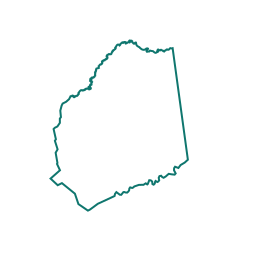 outline of Lascano, Rocha, Uruguay, rotated 37°
{"feature_id": "84410073B78033052347779", "entity_name": "Lascano", "entity_type": "district", "adm_level": 2, "iso_a3": "URY", "parent_name": "Uruguay", "parent_adm1": "Rocha", "projection": "albers", "projection_center": [-54.358, -33.755], "detail": "fine", "context": "isolated", "style": "outline", "palette": "teal", "viewbox_px": 256, "rotation_deg": 37, "n_neighbors": 0, "source": "geoboundaries", "source_scale": "gbopen_adm2", "svg_char_len": 5089}
<svg xmlns="http://www.w3.org/2000/svg" viewBox="0 0 256 256"><g transform="rotate(37 128 128)"><path d="M78.2,56.2L78.3,56.7L78.3,56.9L78.1,57.0L77.9,57.0L77.4,56.8L76.8,57.0L76.6,57.2L76.5,57.7L76.6,57.8L77.3,57.9L77.8,58.0L77.9,58.4L77.8,58.7L77.6,58.9L76.7,59.0L76.5,59.3L76.2,60.2L76.0,60.6L76.0,60.8L75.9,61.1L75.7,61.3L75.5,61.7L75.4,61.9L75.2,61.9L74.8,61.6L74.8,61.4L75.2,61.1L75.1,60.9L74.9,60.8L74.1,61.0L73.7,61.2L73.1,61.8L73.2,62.1L73.2,62.3L72.9,63.0L72.5,63.1L72.2,62.9L71.9,63.0L71.8,64.1L71.4,64.9L71.7,66.3L71.6,67.2L71.4,67.2L70.9,66.8L70.6,66.8L69.6,67.6L69.5,67.8L69.3,68.5L69.3,69.0L69.5,70.6L69.5,71.0L69.4,71.5L69.5,71.7L69.7,71.8L69.8,71.8L69.8,71.4L70.1,71.5L70.3,72.5L70.1,72.9L70.0,73.8L69.7,74.1L69.7,74.4L69.7,74.7L69.3,75.1L69.3,75.4L69.7,75.5L69.7,75.8L69.4,75.9L69.4,76.4L69.7,76.6L69.7,76.8L69.6,77.5L70.0,78.4L70.1,78.9L69.9,79.5L69.5,79.7L69.2,79.9L68.6,80.2L68.5,80.6L68.2,80.6L68.1,81.0L67.8,81.6L67.8,82.0L67.5,82.1L67.5,82.9L68.0,83.2L67.7,83.4L67.8,83.6L68.1,83.4L68.3,83.4L68.5,83.5L68.9,83.7L69.1,84.0L69.1,84.3L69.4,84.4L69.5,84.6L69.4,84.8L69.3,85.0L69.3,85.3L69.5,85.5L69.3,86.1L69.1,86.1L68.8,86.2L68.7,86.5L68.6,86.9L68.6,87.4L68.7,87.9L68.6,88.0L68.5,87.9L68.1,88.5L67.9,88.4L67.7,88.8L68.0,89.0L67.9,89.2L67.6,89.4L67.6,89.6L67.4,89.7L67.4,90.0L67.2,90.1L67.2,90.5L67.9,90.9L67.9,91.4L68.1,91.6L68.4,91.7L68.5,91.9L68.4,92.3L68.5,92.5L68.5,92.8L68.4,92.9L68.3,93.2L68.1,93.3L67.9,93.5L68.0,93.8L67.8,94.0L67.6,94.0L67.4,94.8L67.5,95.2L67.5,96.1L67.4,96.3L67.5,96.4L67.8,96.6L68.0,97.2L68.2,97.3L68.3,97.5L68.5,97.6L68.1,98.3L67.6,98.8L67.3,99.2L67.2,99.3L67.0,99.6L67.5,101.0L67.8,101.1L67.9,101.5L68.0,101.9L68.2,102.1L68.0,102.6L68.1,102.8L68.3,102.9L68.2,103.2L68.2,103.4L68.6,103.6L68.8,104.1L69.2,104.3L69.3,104.5L69.3,104.9L69.8,105.4L70.0,105.5L70.3,105.9L70.1,106.3L70.4,107.3L70.3,107.5L70.1,107.7L70.2,108.0L70.2,108.4L70.1,108.6L69.6,108.8L69.5,109.1L69.3,109.0L68.9,109.2L68.8,109.4L68.9,109.8L68.7,110.1L68.6,110.4L69.2,110.4L69.3,110.5L69.2,110.7L68.6,111.0L68.5,111.6L68.8,111.8L68.8,112.2L68.9,112.3L69.2,112.1L69.6,112.0L69.8,112.0L69.8,112.3L69.5,112.3L69.4,112.5L69.3,112.8L69.4,113.2L69.6,113.2L69.8,113.2L69.9,112.7L70.0,112.7L70.6,113.0L70.8,113.0L71.1,112.8L71.3,112.7L71.4,112.8L71.4,113.1L71.2,113.5L71.3,113.8L71.6,114.0L71.8,113.8L71.9,114.4L72.0,114.8L72.4,114.9L72.7,115.2L72.8,115.4L72.7,115.6L72.5,115.8L72.1,115.8L71.9,115.9L71.8,116.0L71.9,116.7L72.2,116.8L72.4,116.9L72.5,117.1L72.5,117.5L72.3,118.0L72.0,118.6L71.9,118.7L71.8,118.9L71.8,119.0L71.9,119.3L72.3,119.5L72.5,119.5L73.2,119.3L73.7,118.9L73.8,118.8L73.8,118.4L74.3,118.5L74.5,118.8L74.6,119.0L74.1,120.2L73.9,120.4L73.6,120.6L73.4,120.5L72.8,120.1L72.3,120.3L72.3,120.6L72.0,121.0L71.8,121.3L71.1,121.5L70.8,121.9L70.4,122.9L70.7,122.8L70.8,122.9L70.7,123.4L70.1,124.4L69.9,124.6L69.4,125.3L68.7,125.3L68.3,125.7L68.1,125.8L67.9,125.9L67.9,126.1L67.7,126.2L67.4,126.9L67.4,127.3L67.3,128.1L67.4,129.0L67.3,129.7L67.6,130.2L67.7,130.3L67.9,130.2L68.0,130.2L68.2,130.6L67.9,130.9L67.9,131.0L68.2,132.0L68.1,132.8L67.4,133.3L67.2,134.1L66.5,134.4L66.4,134.6L66.4,134.8L66.7,135.3L66.7,135.5L66.4,135.9L66.1,135.9L65.9,135.8L65.9,135.5L65.4,135.7L65.4,135.4L65.1,135.3L64.9,135.2L64.0,135.6L63.8,136.5L63.6,136.8L63.0,137.2L63.6,140.4L62.8,144.3L61.1,147.8L61.5,150.0L63.5,154.9L67.9,159.7L67.9,161.5L70.5,164.9L70.7,169.3L69.4,171.9L69.2,173.6L77.2,180.4L77.3,182.2L84.6,187.4L85.1,191.3L92.7,198.4L92.9,199.4L99.1,202.7L96.6,215.0L106.3,216.0L108.4,211.8L125.1,212.4L134.2,218.6L145.7,218.1L146.7,216.1L149.5,206.7L158.2,190.4L157.3,188.5L157.3,186.2L161.6,186.2L162.8,185.4L162.9,182.0L163.5,181.4L164.8,181.0L166.2,180.1L166.5,178.5L166.4,177.1L165.5,175.5L165.5,174.1L167.4,173.4L168.0,172.3L168.2,170.9L171.0,166.8L174.6,164.0L175.0,162.7L175.5,161.5L177.3,161.5L177.5,160.8L176.4,156.9L177.7,156.1L179.5,156.2L180.5,157.3L181.4,158.1L182.6,157.8L182.8,156.3L182.0,154.6L181.9,153.7L183.9,153.5L184.4,152.5L184.4,151.0L182.5,149.3L182.1,147.5L183.2,146.2L184.9,146.6L186.4,146.3L187.3,144.0L188.1,140.1L190.8,138.7L193.3,137.2L193.4,135.6L190.2,134.1L189.0,132.3L188.9,130.6L192.3,129.6L192.3,125.9L194.1,121.5L194.9,117.3L115.6,37.4L115.2,37.9L115.0,38.2L113.7,38.8L113.6,39.2L113.5,40.6L112.9,41.5L112.3,41.5L111.7,41.9L111.4,42.6L111.4,43.3L110.9,44.3L110.8,45.0L110.2,44.8L109.9,45.4L108.6,45.4L108.1,45.6L107.4,45.6L107.0,46.0L106.9,46.8L106.2,47.1L105.6,47.0L104.8,47.2L104.7,48.0L105.0,48.8L105.6,48.6L105.8,48.6L106.0,48.8L106.0,49.1L106.0,49.3L105.3,50.4L105.0,51.2L104.6,51.5L104.2,51.6L103.5,51.7L102.1,51.6L101.8,51.6L101.0,52.0L100.1,52.5L99.0,52.9L98.9,53.0L98.9,54.1L98.8,54.3L98.2,54.6L97.3,55.7L96.8,55.6L96.4,55.3L96.2,54.7L96.2,53.9L96.2,53.5L96.4,53.1L96.2,52.6L95.9,52.6L95.4,52.9L94.8,53.6L94.6,54.6L94.1,55.5L93.6,56.0L93.2,56.3L92.3,56.7L91.4,56.9L89.1,56.8L88.5,56.6L87.6,56.8L85.9,56.9L85.1,56.7L84.5,56.4L83.1,55.1L82.9,55.0L82.6,55.2L82.4,55.5L82.3,55.9L82.5,56.5L82.3,56.9L82.1,57.1L81.5,57.2L80.9,57.0L79.6,56.9L79.4,56.7L79.2,56.2L78.4,56.1L78.2,56.2Z" fill="none" stroke="#0f766e" stroke-width="2"/></g></svg>